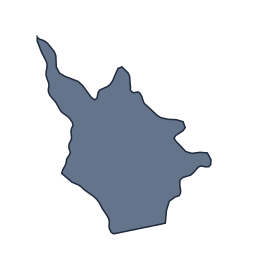 map outline of Mchinji (orthographic projection), rotated 172°
{"feature_id": "MWI-1911", "entity_name": "Mchinji", "entity_type": "District", "adm_level": 1, "iso_a3": "MWI", "parent_name": "Malawi", "parent_adm1": "", "projection": "orthographic", "projection_center": [33.108, -13.784], "detail": "fine", "context": "isolated", "style": "filled", "palette": "slate", "viewbox_px": 256, "rotation_deg": 172, "n_neighbors": 0, "source": "natural_earth", "source_scale": "10m", "svg_char_len": 1692}
<svg xmlns="http://www.w3.org/2000/svg" viewBox="0 0 256 256"><g transform="rotate(172 128 128)"><path d="M60.7,80.2L63.5,79.7L69.6,74.5L72.6,72.6L80.8,71.3L83.7,69.3L84.7,64.1L84.5,59.9L85.0,56.3L86.9,53.8L91.0,53.1L97.4,49.7L101.4,40.9L104.3,28.6L107.4,28.3L156.7,25.2L158.0,25.9L159.3,27.3L160.4,30.7L160.5,33.1L159.5,37.9L159.7,40.7L160.7,43.6L164.4,51.3L166.8,57.8L168.8,61.6L171.5,65.0L179.5,72.5L182.6,76.3L184.8,78.4L191.0,82.1L200.0,92.3L198.5,95.6L197.1,97.5L196.3,98.4L195.0,100.3L194.0,102.6L193.2,105.2L192.7,106.3L189.7,109.7L189.1,110.7L188.6,111.8L188.6,113.1L189.1,114.8L189.3,116.6L188.9,119.2L188.3,120.8L187.5,122.0L186.1,123.9L185.6,125.0L185.2,126.7L185.0,132.5L184.4,134.4L183.8,135.8L182.4,137.6L182.0,139.1L182.3,141.1L184.5,145.6L186.5,148.1L188.5,150.1L190.1,151.5L191.6,153.2L192.5,154.8L195.9,163.4L200.3,170.3L201.3,172.6L201.8,175.4L201.3,178.4L200.5,180.3L200.3,181.8L200.4,183.9L201.8,190.9L201.4,194.6L199.7,199.7L199.3,202.5L199.8,205.7L203.1,215.1L205.7,226.6L205.8,226.6L205.2,230.8L204.6,229.6L203.0,228.1L201.0,227.3L197.8,225.2L195.9,223.1L190.4,213.9L189.4,209.7L190.5,198.3L188.1,191.8L183.1,187.8L170.8,181.0L167.0,176.3L160.0,163.2L156.9,160.5L154.6,161.8L152.5,167.6L150.5,169.6L142.7,171.9L139.6,173.6L136.6,177.0L129.6,188.4L125.5,189.4L120.3,182.6L119.2,179.1L119.9,167.5L120.3,166.2L120.3,165.0L119.0,163.1L117.2,162.1L113.1,162.4L111.3,160.8L109.9,157.2L109.4,153.8L108.6,150.3L97.4,136.5L94.1,133.7L87.3,131.1L79.0,129.5L72.6,126.6L71.3,120.4L73.7,117.8L81.9,113.9L83.8,111.4L82.6,108.6L74.1,96.6L68.2,94.0L60.0,93.9L52.9,92.3L50.2,85.0L51.2,80.2L53.4,78.4L56.6,78.7L60.7,80.2Z" fill="#64748b" stroke="#1e293b" stroke-width="1.5"/></g></svg>